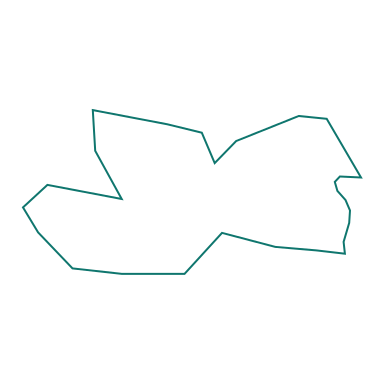 map outline of Salaspils (Natural Earth projection)
{"feature_id": "LVA-5775", "entity_name": "Salaspils", "entity_type": "Municipality", "adm_level": 1, "iso_a3": "LVA", "parent_name": "Latvia", "parent_adm1": "", "projection": "natural_earth1", "projection_center": [24.344, 56.878], "detail": "fine", "context": "isolated", "style": "outline", "palette": "teal", "viewbox_px": 384, "rotation_deg": 0, "n_neighbors": 0, "source": "natural_earth", "source_scale": "10m", "svg_char_len": 457}
<svg xmlns="http://www.w3.org/2000/svg" viewBox="0 0 384 384"><path d="M121.7,199.0L95.2,150.8L92.8,110.1L167.4,124.3L201.8,132.7L214.7,163.1L236.2,141.0L298.7,116.0L326.7,118.8L361.0,177.5L339.9,176.5L334.8,181.9L337.4,190.9L345.5,200.0L350.0,210.5L349.2,222.9L343.6,241.9L344.9,253.7L316.4,250.4L275.3,246.9L222.0,232.9L184.5,273.9L122.1,273.9L72.5,268.4L38.1,232.4L23.0,207.4L47.4,184.9L121.7,199.0Z" fill="none" stroke="#0f766e" stroke-width="2"/></svg>